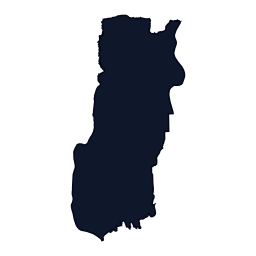 the district of Cheung Prey, Kâmpóng Cham, Cambodia
{"feature_id": "14789045B53354113316917", "entity_name": "Cheung Prey", "entity_type": "district", "adm_level": 2, "iso_a3": "KHM", "parent_name": "Cambodia", "parent_adm1": "Kâmpóng Cham", "projection": "equal_earth", "projection_center": [105.065, 12.092], "detail": "fine", "context": "isolated", "style": "filled", "palette": "ink", "viewbox_px": 256, "rotation_deg": 0, "n_neighbors": 0, "source": "geoboundaries", "source_scale": "gbopen_adm2", "svg_char_len": 5717}
<svg xmlns="http://www.w3.org/2000/svg" viewBox="0 0 256 256"><path d="M101.9,240.6L103.1,240.2L103.2,238.6L102.6,237.7L104.3,234.8L105.9,233.8L106.5,233.1L108.7,231.5L109.5,231.6L110.4,232.3L110.8,232.2L111.3,230.9L111.9,231.1L111.9,229.8L113.7,230.0L115.2,230.9L116.1,230.9L116.8,230.6L116.7,229.4L116.9,228.5L116.3,227.0L116.5,226.2L117.5,226.4L118.3,226.1L118.8,226.1L119.5,225.7L120.2,225.8L121.0,225.1L121.5,225.3L121.4,224.7L121.7,224.0L121.3,223.9L120.2,222.3L120.4,221.9L121.6,222.5L121.5,221.7L122.0,221.6L122.8,220.5L123.8,220.9L124.9,221.9L125.3,222.9L126.4,226.2L126.8,226.9L127.6,226.9L128.4,226.6L128.9,227.0L129.2,228.4L129.8,228.8L130.0,227.9L130.5,227.2L130.4,226.1L129.7,225.0L130.0,224.5L130.1,223.6L129.7,222.8L130.6,222.2L132.0,221.9L132.7,223.9L133.4,224.5L133.7,226.6L134.3,227.0L135.2,226.5L135.8,227.2L136.0,228.1L136.5,228.3L136.5,227.1L138.0,226.9L138.8,227.2L139.2,228.3L140.0,228.3L140.5,228.2L140.7,227.3L139.9,226.4L139.4,225.2L139.4,222.8L138.7,221.6L139.0,220.3L139.6,219.5L140.8,218.8L142.3,218.9L143.5,218.7L144.8,217.6L147.6,216.3L148.5,214.1L149.0,213.4L150.0,215.5L151.0,216.6L152.6,216.5L154.3,215.5L155.2,214.3L155.4,212.5L154.8,209.4L154.0,206.5L154.3,205.0L154.6,204.4L152.4,205.4L152.1,204.0L153.0,199.6L153.8,198.1L154.0,196.2L153.6,195.3L152.9,194.8L152.5,194.1L152.6,193.1L153.1,192.2L153.2,188.6L152.7,182.6L152.5,175.1L151.5,172.8L151.4,167.2L152.0,166.2L152.8,166.5L153.3,165.6L153.6,165.4L154.0,165.4L154.5,165.1L155.2,165.3L155.8,164.5L156.2,164.3L156.6,163.8L156.5,162.8L156.7,162.2L156.6,161.1L156.8,160.0L156.5,159.8L156.4,158.3L156.1,157.6L156.9,156.9L157.0,156.3L157.4,156.0L157.9,154.6L158.3,154.5L158.9,153.7L159.0,152.9L159.4,152.5L159.5,152.0L160.1,150.4L161.9,148.5L162.6,148.0L162.2,147.2L162.3,145.9L162.6,145.5L162.9,144.1L163.7,142.6L163.6,142.1L164.6,139.0L164.5,132.2L165.5,131.4L168.7,131.3L168.4,113.8L173.1,113.6L172.8,111.8L169.8,101.4L168.8,95.8L168.8,93.0L169.3,89.8L169.9,88.8L170.6,87.9L172.5,86.1L173.7,85.5L174.7,85.2L176.2,85.3L179.1,85.1L180.6,84.6L181.7,83.9L182.4,82.7L184.4,76.9L184.5,75.1L184.4,73.6L184.2,72.3L183.2,69.5L181.7,66.8L178.1,62.4L175.7,58.9L174.7,57.2L173.8,54.3L173.7,52.3L174.9,47.6L175.8,45.2L176.2,43.4L176.2,42.1L175.9,40.8L174.6,37.8L174.3,35.6L174.5,34.1L176.1,29.8L179.8,23.3L180.4,21.8L179.8,22.0L179.4,21.6L179.3,21.0L178.9,21.0L178.6,20.7L178.0,20.9L177.4,20.2L176.6,21.1L176.3,20.7L175.4,20.9L175.4,21.4L175.0,21.4L174.7,20.9L174.3,21.2L173.3,21.1L172.8,21.3L172.2,21.1L172.0,20.8L170.9,20.6L170.4,20.6L170.0,21.5L169.4,22.4L168.9,23.5L168.0,24.0L166.2,26.1L165.9,27.3L165.9,29.1L165.5,30.1L165.1,30.6L164.8,30.9L163.0,31.4L162.4,31.8L162.1,31.7L161.3,32.3L160.7,31.8L160.3,32.1L159.8,32.1L159.3,32.0L158.8,32.2L158.3,32.5L158.1,33.4L158.2,33.9L158.0,34.3L157.0,33.7L156.4,34.1L155.7,33.8L154.7,33.2L154.7,33.7L154.1,33.6L153.7,33.9L152.2,33.6L151.3,33.7L151.0,33.6L150.1,32.3L149.8,32.2L149.3,31.7L149.1,31.3L149.3,30.2L149.6,29.1L149.6,28.4L149.9,27.4L150.0,25.3L149.8,24.6L150.1,24.0L150.1,23.6L149.8,22.7L150.1,21.7L150.0,21.0L150.3,20.1L149.2,18.7L147.9,18.9L147.2,19.4L146.8,18.9L146.3,19.1L142.4,18.3L141.9,18.3L140.6,17.6L140.3,17.7L139.6,18.5L138.9,18.1L138.5,18.1L138.4,19.0L137.6,19.2L136.9,18.1L136.2,18.1L135.2,18.6L134.7,18.5L133.5,17.7L131.2,18.3L130.4,17.8L129.1,17.7L128.2,16.6L126.3,15.5L124.9,15.4L121.5,15.5L118.8,16.0L117.9,16.0L115.4,17.3L113.9,17.4L113.5,17.6L112.4,17.6L111.9,18.1L110.9,18.4L108.3,18.5L105.8,19.1L104.8,19.0L103.9,19.5L103.3,19.4L103.4,20.2L102.9,20.9L102.6,21.5L101.8,22.0L102.1,22.7L102.3,23.0L102.7,23.1L103.3,24.0L102.1,25.5L102.5,26.0L102.4,26.7L102.8,27.0L102.9,27.5L102.2,27.9L102.2,28.4L103.0,29.4L103.2,30.8L102.6,32.3L102.9,32.7L103.4,32.6L103.7,33.0L103.4,33.4L103.3,34.4L103.0,34.9L102.4,34.0L102.1,34.5L102.0,35.4L101.4,35.6L101.1,36.0L99.7,35.8L99.4,36.2L99.7,36.5L100.3,36.6L100.3,37.2L99.7,37.5L99.6,38.8L99.7,39.4L99.7,40.9L99.0,41.1L98.3,41.9L98.9,41.9L98.9,43.3L99.6,43.4L99.6,44.0L98.7,44.6L99.2,45.3L98.8,46.2L99.3,46.5L99.3,47.0L99.8,46.7L100.5,47.2L100.4,47.7L99.8,47.8L99.9,48.7L99.6,48.7L99.2,49.1L99.2,49.6L99.6,49.5L99.9,50.1L99.5,50.1L99.3,50.7L99.5,52.1L99.1,52.7L99.2,53.1L98.9,53.6L99.3,54.0L99.3,54.6L98.9,55.2L99.0,55.8L99.7,55.3L99.8,55.9L100.4,56.6L99.8,57.6L100.0,58.3L99.8,58.8L99.5,59.0L99.5,59.8L99.1,60.6L99.2,61.8L99.5,62.2L100.3,61.9L100.0,62.9L99.2,63.5L99.7,64.1L100.2,63.9L100.2,64.4L100.4,64.9L100.8,64.6L101.3,65.2L101.3,66.1L100.9,66.5L101.0,67.0L101.9,67.1L101.6,67.5L102.6,68.7L102.9,68.5L103.2,68.7L103.6,68.5L103.9,68.7L103.5,69.6L103.8,69.8L104.3,69.8L104.5,70.6L104.1,71.0L104.3,71.6L103.9,72.4L103.2,72.7L102.6,72.4L102.0,72.9L101.7,73.3L101.2,73.4L100.7,74.0L100.5,73.7L99.7,74.5L99.0,74.2L98.8,75.3L98.4,75.5L98.3,76.0L98.0,76.4L98.4,77.0L98.1,78.8L98.2,79.2L98.2,80.0L98.4,81.0L99.1,81.4L99.2,82.0L99.6,82.2L100.0,82.7L100.5,83.7L100.6,84.3L100.4,85.0L100.0,85.2L99.3,86.3L98.8,86.3L97.9,87.0L97.2,88.2L96.3,90.3L94.7,95.7L94.8,96.7L94.4,97.9L94.6,98.5L94.3,99.0L94.7,100.9L94.7,101.7L93.6,111.4L93.8,112.3L93.5,112.9L93.1,114.4L93.3,115.8L94.1,116.7L94.0,117.1L94.3,117.9L94.1,118.8L94.2,119.4L94.1,120.4L94.4,120.8L94.5,122.8L94.4,125.3L94.5,126.0L94.5,127.8L94.0,130.3L93.6,131.8L92.0,135.3L91.1,136.5L89.1,140.0L88.5,141.6L87.5,143.6L85.1,145.0L84.5,145.0L81.2,144.0L78.9,144.0L77.2,144.8L75.3,148.3L74.4,150.3L73.9,151.9L74.1,158.3L75.5,165.7L75.2,168.3L74.4,170.5L73.3,174.4L72.6,188.2L72.7,189.4L72.4,192.0L72.4,194.4L73.1,197.1L73.3,199.0L73.0,201.0L72.5,202.6L71.6,204.6L71.5,206.2L72.0,209.3L73.2,213.3L74.4,219.3L75.4,222.4L76.3,224.9L77.0,226.3L79.1,228.9L81.2,230.1L87.1,231.3L93.5,233.6L96.9,235.7L100.4,238.3L101.4,239.3L101.9,240.6Z" fill="#0f172a" stroke="#020617" stroke-width="1.5"/></svg>